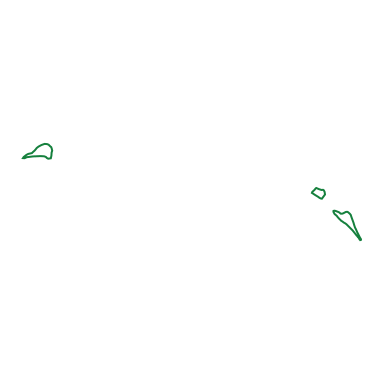 the district of Amatuku, Tuvalu
{"feature_id": "33948139B56482172223840", "entity_name": "Amatuku", "entity_type": "district", "adm_level": 2, "iso_a3": "TUV", "parent_name": "Tuvalu", "parent_adm1": "", "projection": "albers", "projection_center": [179.158, -8.434], "detail": "fine", "context": "isolated", "style": "outline", "palette": "green", "viewbox_px": 384, "rotation_deg": 0, "n_neighbors": 0, "source": "geoboundaries", "source_scale": "gbopen_adm2", "svg_char_len": 1693}
<svg xmlns="http://www.w3.org/2000/svg" viewBox="0 0 384 384"><path d="M50.2,146.3L48.6,144.7L47.1,144.1L44.6,143.9L41.5,145.0L38.5,146.6L36.7,148.0L35.8,149.2L34.6,150.6L33.0,152.0L31.9,153.1L28.3,153.9L26.4,154.9L23.7,157.0L23.0,158.1L24.6,158.2L26.8,157.2L29.2,156.9L33.1,156.4L35.9,156.3L40.4,156.1L44.1,156.3L45.8,156.9L46.9,158.0L48.2,158.7L50.8,158.3L51.4,155.7L51.6,152.6L52.2,150.7L51.7,148.5L51.2,147.1L50.2,146.3ZM333.5,210.9L333.4,211.0L333.4,211.3L333.5,211.6L333.6,212.0L333.6,212.3L333.8,212.6L334.0,212.9L334.4,213.7L334.8,214.3L335.4,214.6L335.7,214.9L336.3,215.5L336.8,215.9L337.6,217.0L338.4,217.9L339.6,219.2L340.3,219.8L341.2,220.8L342.6,221.6L343.4,222.3L344.2,222.8L345.0,223.2L346.4,224.2L352.6,230.4L356.4,235.2L356.6,235.5L357.1,235.9L357.6,236.6L357.9,237.1L358.7,237.8L359.3,239.0L359.5,239.3L359.7,239.6L360.0,239.8L360.2,240.1L360.5,240.0L360.8,240.0L361.0,239.7L360.9,239.3L360.8,238.9L360.0,237.7L357.1,232.0L355.9,229.2L355.0,227.5L354.2,225.1L353.5,222.7L351.6,217.5L351.4,216.9L351.2,216.3L350.7,214.8L350.1,214.2L349.9,213.8L349.3,213.3L348.6,212.7L348.2,212.3L347.5,211.9L347.3,211.9L346.7,211.9L346.2,211.9L345.4,212.1L345.0,212.4L344.5,212.7L343.9,212.9L343.5,213.2L342.7,213.5L342.0,213.7L341.2,213.7L340.8,213.7L340.3,213.4L339.9,213.0L339.5,212.6L338.6,212.1L337.6,211.7L336.5,211.3L336.1,211.1L335.0,210.8L334.4,210.7L333.5,210.9ZM315.8,188.3L315.2,189.0L314.4,190.0L313.6,190.7L312.3,191.9L311.9,192.9L313.2,193.7L314.5,194.6L316.6,195.9L318.4,197.0L319.4,197.8L320.8,198.5L321.9,198.7L323.6,196.4L325.0,194.5L324.6,191.9L323.8,190.3L323.0,189.8L321.6,190.0L318.8,189.1L316.3,188.0L315.8,188.3Z" fill="none" stroke="#15803d" stroke-width="2"/></svg>